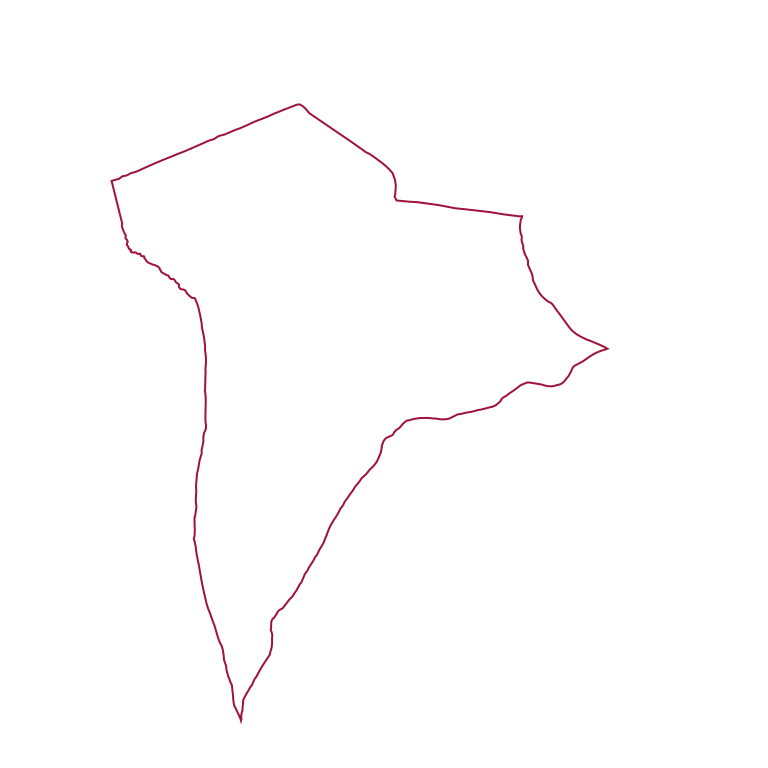 Tesseney, Gash Barka, Eritrea (Albers equal-area conic projection), rotated 76°
{"feature_id": "51966322B94022775351360", "entity_name": "Tesseney", "entity_type": "district", "adm_level": 2, "iso_a3": "ERI", "parent_name": "Eritrea", "parent_adm1": "Gash Barka", "projection": "albers", "projection_center": [36.702, 15.181], "detail": "fine", "context": "isolated", "style": "outline", "palette": "rose", "viewbox_px": 768, "rotation_deg": 76, "n_neighbors": 0, "source": "geoboundaries", "source_scale": "gbopen_adm2", "svg_char_len": 6151}
<svg xmlns="http://www.w3.org/2000/svg" viewBox="0 0 768 768"><g transform="rotate(76 384 384)"><path d="M254.6,209.4L254.0,212.3L248.3,227.0L242.8,239.7L233.6,264.3L230.8,272.2L223.6,287.7L215.7,307.5L213.4,314.8L210.9,322.0L208.9,327.5L204.6,328.4L202.9,327.3L194.6,324.6L188.9,323.9L181.3,324.7L176.0,327.6L173.3,329.3L169.4,332.1L163.8,336.7L157.0,342.6L155.0,345.2L141.5,356.8L103.1,391.0L98.5,393.2L94.6,395.7L92.3,398.2L91.9,401.0L93.7,415.4L94.3,419.4L95.0,424.9L95.4,427.1L95.9,429.4L96.2,431.2L97.3,438.9L97.6,442.1L98.7,449.2L99.5,452.9L101.1,462.3L101.3,465.2L102.7,474.6L103.4,478.2L103.4,484.4L105.3,490.0L105.4,493.5L105.6,495.9L106.4,500.2L110.0,521.3L110.8,527.8L113.3,545.5L114.5,553.3L116.2,562.9L118.1,573.2L118.2,578.6L119.4,583.1L119.2,587.7L120.8,591.4L121.0,599.2L164.7,599.2L166.5,599.9L167.3,600.1L169.1,600.1L172.2,599.8L175.8,599.1L177.2,598.6L178.0,598.8L178.6,599.1L179.8,599.6L180.4,599.4L181.4,598.8L182.2,598.5L183.8,598.3L184.4,598.5L185.9,599.6L186.7,599.9L188.5,599.1L189.1,598.9L190.4,598.9L191.5,598.5L192.0,597.8L192.3,597.3L192.8,597.0L193.9,597.8L194.5,597.6L195.2,597.1L195.5,595.8L195.9,595.4L196.0,594.5L196.0,593.7L196.3,593.1L197.3,592.3L198.4,591.2L198.4,589.5L199.0,589.0L199.9,588.9L200.6,588.8L201.3,588.1L201.6,587.5L201.8,586.4L202.3,585.7L203.1,585.9L203.6,586.1L204.3,585.9L205.9,585.0L206.8,584.9L207.7,584.5L209.1,583.4L210.0,582.5L211.4,580.4L211.9,579.9L212.5,579.0L212.9,578.1L213.3,577.4L213.9,576.8L214.8,575.5L217.0,573.8L217.8,573.7L219.0,573.7L219.7,573.2L220.3,573.2L221.5,572.9L222.9,571.6L225.8,568.6L226.5,567.2L227.3,566.8L228.2,566.6L228.7,566.4L229.4,566.2L230.5,565.5L230.9,564.8L231.0,563.1L231.5,562.6L233.0,561.8L234.6,561.4L235.5,560.9L237.0,559.4L238.0,558.9L238.7,559.0L239.5,559.3L240.2,559.4L240.8,559.3L242.5,558.5L243.0,558.0L243.7,555.9L244.7,554.7L245.1,554.2L246.8,553.7L248.0,553.4L248.9,553.0L250.8,551.8L251.4,551.5L253.9,549.6L254.7,547.2L255.5,546.6L262.7,545.7L266.1,545.6L268.5,545.7L270.7,545.7L274.1,545.8L281.5,546.3L285.1,547.0L289.1,547.1L294.5,547.3L298.7,547.8L303.4,548.3L307.7,549.4L315.0,550.3L320.7,551.7L325.7,553.5L329.9,554.4L333.9,555.6L341.2,557.6L344.9,558.6L346.2,558.9L347.4,559.5L350.3,559.7L353.5,560.2L357.5,561.1L363.2,562.7L374.4,565.7L378.5,566.5L380.8,566.6L383.6,567.4L385.9,568.7L388.0,570.5L392.2,572.3L395.9,573.1L399.9,574.9L404.2,577.1L407.2,577.6L409.1,578.8L413.9,581.6L420.4,584.4L426.0,587.2L437.9,591.2L442.4,592.0L447.4,593.6L452.6,595.1L457.7,595.7L460.8,596.9L466.6,599.3L467.0,599.8L468.6,600.4L477.3,602.4L479.1,602.7L485.1,604.4L486.4,605.0L488.5,606.1L489.0,606.0L490.0,606.0L490.6,605.8L491.2,605.7L491.9,605.9L495.4,606.0L502.0,606.8L511.7,607.4L514.0,607.4L531.5,608.7L542.4,609.1L554.3,609.3L560.1,608.9L565.0,608.2L571.9,607.6L576.5,607.0L582.3,606.7L587.8,606.5L593.1,606.1L595.9,605.6L598.8,604.9L602.2,604.7L604.6,604.8L607.3,605.2L608.6,605.2L610.1,605.5L611.4,605.6L613.2,606.0L614.9,605.8L616.7,605.7L618.8,605.4L620.2,605.5L621.6,605.8L623.7,606.0L628.0,605.9L629.9,605.9L633.0,605.3L634.6,605.4L635.2,605.3L639.1,604.5L642.2,604.8L647.1,605.6L649.8,605.8L651.2,606.2L652.3,606.3L653.4,606.6L654.6,606.7L656.8,607.0L660.4,607.1L661.1,606.9L663.0,606.3L664.4,606.1L670.7,604.8L671.4,604.7L672.4,604.6L674.0,604.3L676.1,604.2L674.6,603.4L671.5,602.9L667.8,601.2L666.2,600.1L665.5,600.0L663.0,599.3L661.9,598.8L660.0,598.1L658.1,597.6L656.6,597.0L654.1,595.0L653.0,593.9L651.5,592.6L648.1,589.2L646.1,587.5L644.3,585.1L642.3,583.6L638.9,580.9L637.1,578.6L632.6,574.6L629.7,571.8L626.3,568.3L619.6,560.9L618.6,560.1L617.4,559.6L612.6,556.8L608.8,555.4L603.5,554.1L601.1,553.2L599.7,553.1L597.1,553.1L595.5,553.5L593.2,552.5L591.8,552.2L590.1,551.6L587.4,550.9L586.5,550.2L585.1,549.1L583.9,546.8L581.1,543.8L579.6,542.6L578.4,541.0L577.9,539.7L577.3,537.5L577.2,536.7L570.4,528.2L568.0,524.3L563.5,519.4L562.1,517.9L560.6,516.6L559.5,515.5L558.6,514.9L556.1,511.8L549.4,506.9L546.5,503.4L543.5,500.9L542.3,499.5L540.2,497.3L539.0,495.9L536.2,493.5L535.0,492.4L533.8,490.5L532.2,489.2L529.6,487.2L528.2,485.7L527.8,485.5L526.3,483.8L523.5,481.1L519.2,478.1L517.1,476.4L515.3,475.3L513.5,474.0L511.3,472.5L508.7,470.4L503.6,465.4L501.7,463.2L498.1,459.6L496.5,458.2L494.7,456.7L491.8,453.1L488.6,450.5L485.5,446.7L482.2,443.0L479.8,440.0L476.5,436.7L473.1,431.9L470.0,428.5L467.4,423.5L464.2,419.3L463.2,417.8L461.6,414.9L458.8,411.1L457.0,409.2L453.9,406.8L449.4,403.5L446.7,402.2L445.4,401.8L445.0,401.4L443.7,401.3L442.3,400.3L441.6,399.7L440.6,399.2L439.5,398.4L439.1,398.0L438.1,396.8L437.0,395.1L436.5,393.1L435.8,388.7L435.5,388.1L435.1,387.3L433.9,386.4L433.0,385.5L432.4,384.3L431.9,384.0L431.1,381.7L430.2,379.4L427.2,375.3L426.2,373.5L425.2,371.0L425.0,370.5L425.3,368.5L425.1,364.6L425.4,360.4L425.9,356.5L427.3,350.5L428.1,347.8L429.4,344.5L430.0,342.3L432.0,337.4L432.6,335.4L432.9,333.4L433.4,331.0L433.2,328.1L431.3,319.9L431.7,316.5L431.7,310.5L432.0,307.2L432.2,303.4L432.0,299.5L432.3,295.6L432.2,286.8L432.3,283.9L431.9,282.3L431.8,281.0L430.2,277.6L428.7,275.0L427.0,273.6L426.1,271.8L425.6,270.4L425.0,268.1L423.4,264.6L421.9,260.3L419.3,254.0L418.6,252.8L418.3,251.7L417.8,249.5L417.5,247.1L417.2,244.6L417.7,242.6L420.8,235.4L422.4,231.7L424.3,228.4L425.3,226.6L425.8,225.5L426.0,224.6L426.9,221.6L427.0,219.1L426.9,216.8L427.0,213.8L426.7,212.0L426.0,210.1L424.8,208.2L422.8,205.6L421.2,203.4L420.1,202.2L416.6,199.1L413.5,196.7L412.3,194.5L411.7,191.7L410.3,186.1L409.4,183.6L407.0,177.4L406.1,174.6L405.3,171.6L404.9,169.8L404.2,164.4L404.1,161.4L403.8,158.7L401.1,161.6L398.4,164.9L391.9,173.6L389.3,177.4L384.9,182.5L382.6,184.8L378.1,188.4L375.6,189.7L372.4,191.1L367.8,193.0L359.5,196.3L352.8,199.2L347.9,201.0L346.7,201.7L345.5,202.6L344.7,203.7L342.7,205.7L340.8,207.0L338.7,208.5L336.3,209.9L333.1,211.3L329.3,212.5L324.6,213.3L319.3,214.4L315.6,213.8L312.4,213.8L309.2,214.5L307.1,214.8L305.2,215.2L302.8,215.4L299.3,214.4L295.9,215.0L292.2,215.9L286.5,216.2L284.2,215.5L279.4,215.8L277.1,215.6L275.6,215.0L274.2,214.7L272.9,214.6L271.6,215.0L266.2,214.5L263.4,213.8L257.8,211.6L255.7,209.8L255.2,209.6L254.6,209.4Z" fill="none" stroke="#9f1239" stroke-width="2"/></g></svg>